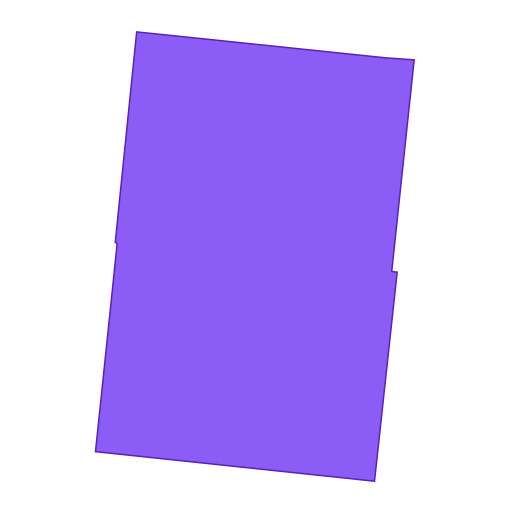 the district of Hand, South Dakota, United States of America, rotated 186°
{"feature_id": "52423323B54672876637776", "entity_name": "Hand", "entity_type": "district", "adm_level": 2, "iso_a3": "USA", "parent_name": "United States of America", "parent_adm1": "South Dakota", "projection": "equal_earth", "projection_center": [-98.973, 44.546], "detail": "fine", "context": "isolated", "style": "filled", "palette": "violet", "viewbox_px": 512, "rotation_deg": 186, "n_neighbors": 0, "source": "geoboundaries", "source_scale": "gbopen_adm2", "svg_char_len": 335}
<svg xmlns="http://www.w3.org/2000/svg" viewBox="0 0 512 512"><g transform="rotate(186 256 256)"><path d="M119.2,467.6L148.7,466.6L293.2,466.5L398.1,466.4L397.4,254.9L395.4,253.7L395.3,202.6L395.2,98.0L395.2,44.6L390.1,44.6L114.6,44.4L113.9,254.7L119.4,254.8L119.2,467.6Z" fill="#8b5cf6" stroke="#5b21b6" stroke-width="1.5"/></g></svg>